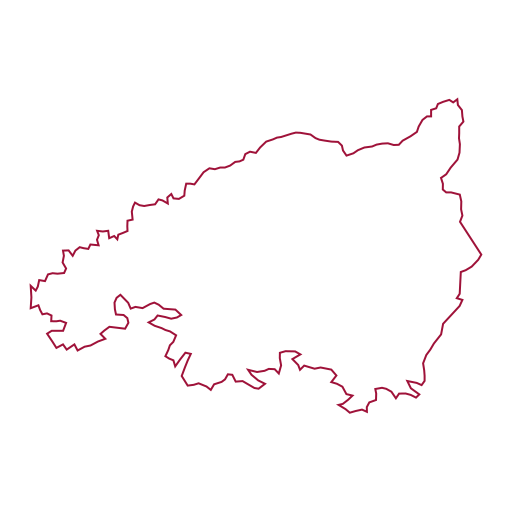 the district of Mato Rico, Paraná, Brazil
{"feature_id": "56859067B20079776482103", "entity_name": "Mato Rico", "entity_type": "district", "adm_level": 2, "iso_a3": "BRA", "parent_name": "Brazil", "parent_adm1": "Paraná", "projection": "albers", "projection_center": [-52.238, -24.697], "detail": "fine", "context": "isolated", "style": "outline", "palette": "rose", "viewbox_px": 512, "rotation_deg": 0, "n_neighbors": 0, "source": "geoboundaries", "source_scale": "gbopen_adm2", "svg_char_len": 3534}
<svg xmlns="http://www.w3.org/2000/svg" viewBox="0 0 512 512"><path d="M421.6,385.1L424.6,380.9L424.6,375.8L424.2,370.4L423.1,363.3L426.3,355.0L430.3,349.6L433.9,343.5L441.1,334.4L443.1,323.8L459.6,306.0L462.4,299.9L456.8,298.2L459.7,293.8L460.8,272.0L465.7,270.2L471.7,266.6L478.2,259.8L481.3,254.6L460.0,221.8L462.4,215.6L461.1,209.3L461.3,201.4L459.8,194.6L451.1,192.4L446.2,192.4L442.8,189.5L442.9,183.8L441.0,177.9L446.2,174.3L450.7,167.6L457.5,159.6L459.5,152.7L459.9,144.2L459.0,138.3L459.2,133.2L459.2,126.5L463.4,121.6L462.4,116.5L461.9,110.1L457.9,105.0L457.3,99.3L453.2,102.4L449.3,99.9L443.2,101.8L437.9,104.0L436.2,108.3L431.1,109.9L431.1,116.4L427.0,116.4L422.5,119.9L418.7,126.5L416.9,131.9L410.5,136.3L402.6,140.7L398.8,144.8L393.7,145.0L387.9,143.3L382.2,143.6L376.6,144.6L372.1,146.5L364.4,147.5L357.9,150.2L353.4,153.3L346.5,155.6L343.0,150.5L341.9,145.6L338.1,141.9L331.4,141.6L324.7,140.6L319.4,139.7L315.5,138.1L310.5,134.5L300.3,132.8L295.8,132.6L291.5,133.7L281.1,137.0L277.0,137.6L272.9,139.4L266.2,141.6L260.1,147.5L255.9,152.9L250.0,151.7L245.3,154.1L243.3,159.7L239.5,161.4L235.2,161.9L230.1,165.6L225.0,167.5L220.3,167.5L214.9,169.2L209.4,168.3L203.6,172.2L199.4,177.8L194.4,184.4L190.5,183.7L186.2,183.7L184.7,190.6L184.3,195.7L178.9,198.9L173.5,198.4L171.3,194.0L167.3,197.5L167.8,203.5L162.4,200.4L158.5,199.4L155.1,204.3L149.8,205.0L144.2,206.0L139.5,205.2L135.0,202.6L133.1,206.5L131.8,211.6L132.6,219.6L127.5,220.7L127.3,226.3L127.5,231.0L123.0,232.9L118.3,234.7L117.3,239.3L114.2,236.0L109.2,238.2L108.2,230.8L102.8,231.5L97.1,230.8L98.8,235.2L97.0,239.8L98.6,245.3L90.4,244.5L88.3,248.9L83.7,248.2L79.7,247.2L75.4,250.6L72.7,255.8L68.6,250.4L63.0,250.6L63.9,255.8L62.6,262.5L66.1,268.5L64.1,273.0L57.5,273.7L52.6,273.2L48.0,274.4L45.0,281.1L39.2,280.1L37.8,286.6L35.7,290.6L30.7,285.8L31.4,297.4L30.7,308.2L38.4,305.3L40.2,310.2L42.4,314.3L47.0,313.4L51.5,315.5L51.2,321.2L56.2,321.3L60.2,320.7L66.1,322.9L63.1,330.8L51.7,330.8L47.1,333.7L52.4,341.6L56.4,347.9L63.0,344.4L66.7,349.6L74.4,344.4L77.6,350.5L84.6,346.7L90.5,345.5L98.0,341.5L105.3,338.8L100.5,333.9L104.4,330.5L109.4,326.8L125.1,328.7L128.4,322.8L127.3,318.1L123.6,315.0L116.0,314.5L114.9,309.2L114.5,302.6L116.6,297.8L120.4,294.8L128.2,302.8L130.7,308.6L135.4,306.9L142.6,308.1L150.2,304.0L154.3,302.6L158.7,304.7L163.6,308.7L175.4,309.6L181.2,315.0L176.9,317.5L171.2,318.7L165.1,317.0L157.6,315.5L154.4,319.5L148.7,322.4L154.7,325.8L161.6,328.1L165.4,330.0L170.0,331.4L176.1,335.3L173.3,341.9L169.9,345.3L168.3,350.0L165.4,356.2L169.2,358.6L173.4,360.3L175.2,366.4L180.0,359.6L185.4,352.7L190.8,353.9L187.7,360.5L185.0,367.2L181.7,376.0L187.7,385.6L193.8,384.8L198.6,383.3L206.5,386.5L210.8,389.9L214.1,384.3L221.6,381.9L225.0,379.4L227.9,374.3L232.3,374.8L235.7,381.6L242.6,381.1L254.4,388.0L258.6,388.7L265.0,383.8L258.2,380.4L251.5,374.8L248.1,369.8L257.0,372.0L264.6,370.8L268.8,368.9L274.7,369.2L278.8,373.5L281.1,365.4L279.8,358.1L279.9,352.8L285.5,351.2L295.1,351.4L300.4,354.4L296.1,356.9L292.4,359.1L298.2,365.0L300.0,369.8L304.2,365.6L309.5,367.2L314.6,368.7L320.6,367.5L331.3,369.6L336.4,375.5L331.3,382.1L337.0,383.8L342.4,386.7L346.4,394.1L352.5,395.6L348.2,399.7L342.8,403.9L338.6,404.9L345.5,409.1L349.8,412.7L355.7,411.0L362.0,409.6L366.9,411.8L366.8,407.1L369.3,402.4L376.0,400.0L376.2,393.6L375.3,389.0L382.0,387.8L386.2,388.8L391.4,391.7L395.9,398.3L399.1,393.6L405.6,393.5L410.7,394.9L416.0,397.6L419.3,394.4L410.9,388.3L407.3,381.0L416.7,382.9L421.6,385.1Z" fill="none" stroke="#9f1239" stroke-width="2"/></svg>